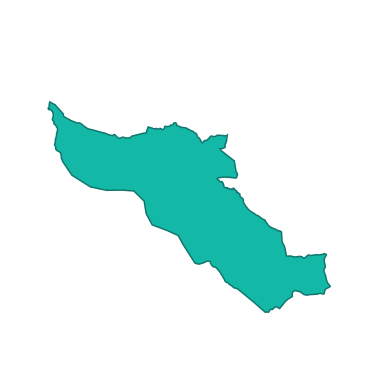 Gomoa West, Central, Ghana (Equal Earth projection), rotated 131°
{"feature_id": "2480657B81635079362570", "entity_name": "Gomoa West", "entity_type": "district", "adm_level": 2, "iso_a3": "GHA", "parent_name": "Ghana", "parent_adm1": "Central", "projection": "equal_earth", "projection_center": [-0.84, 5.386], "detail": "fine", "context": "isolated", "style": "filled", "palette": "teal", "viewbox_px": 384, "rotation_deg": 131, "n_neighbors": 0, "source": "geoboundaries", "source_scale": "gbopen_adm2", "svg_char_len": 6013}
<svg xmlns="http://www.w3.org/2000/svg" viewBox="0 0 384 384"><g transform="rotate(131 192 192)"><path d="M217.3,358.4L219.0,357.6L219.5,357.2L219.8,356.9L220.0,356.9L220.3,356.2L220.7,356.2L221.7,355.6L222.2,355.6L222.7,354.9L223.0,355.1L223.3,354.9L223.4,355.2L223.6,355.0L223.8,354.3L223.7,354.0L223.5,353.7L222.8,353.4L222.6,352.9L222.9,351.2L222.8,350.7L222.9,350.2L223.1,349.4L224.0,348.4L224.4,347.7L225.3,346.8L226.5,346.1L227.6,345.7L228.2,345.3L228.6,345.2L228.8,344.7L229.0,344.7L229.3,344.2L229.3,343.1L229.6,342.5L229.9,342.2L230.1,341.6L230.7,341.0L231.2,340.8L231.2,340.4L231.0,339.2L231.0,338.9L231.4,337.7L231.7,337.2L231.9,336.8L231.8,336.1L232.6,334.9L234.1,333.7L236.6,332.7L237.4,331.9L240.5,330.1L241.3,329.7L241.6,329.9L241.9,329.4L245.0,327.3L245.3,327.3L245.6,327.1L246.3,326.9L246.7,326.3L247.4,324.5L247.6,324.1L248.5,323.6L248.8,322.9L249.0,322.9L249.2,322.4L249.3,321.5L249.1,319.7L248.9,319.2L248.6,318.0L248.7,317.6L248.6,317.2L248.6,316.8L249.5,315.6L250.0,315.2L250.6,314.2L251.7,313.3L252.1,312.7L252.4,312.5L252.6,311.8L253.9,309.5L258.1,293.6L254.8,272.0L246.8,257.6L236.6,246.2L229.4,236.6L230.3,222.1L238.4,212.4L242.9,200.4L237.5,185.9L233.9,173.9L237.5,164.2L243.7,143.2L242.9,141.1L242.1,139.9L241.5,139.0L240.2,138.3L238.2,137.0L235.0,135.6L234.3,135.2L233.9,134.9L232.6,133.1L234.1,130.0L234.6,127.3L233.8,125.6L233.3,125.1L233.5,122.0L234.3,117.7L235.0,116.0L235.5,113.6L236.2,112.3L236.5,110.7L237.2,109.5L237.6,108.6L237.7,107.8L237.6,106.5L237.3,106.3L237.2,105.8L236.8,105.4L236.8,104.5L237.3,103.4L237.1,102.9L237.0,101.3L236.7,100.2L236.8,98.1L236.7,97.4L235.2,94.3L234.6,72.4L234.7,57.9L233.1,56.3L232.6,55.4L229.3,55.8L228.4,55.1L227.7,54.1L224.7,54.0L223.8,53.4L223.0,52.3L222.5,49.4L218.8,49.6L218.7,49.5L213.6,49.7L210.1,49.4L205.0,47.7L204.7,48.1L203.2,49.4L202.1,50.1L200.7,50.3L199.1,49.8L198.1,48.4L197.3,46.6L196.7,45.7L196.3,44.1L195.9,40.0L193.9,37.0L193.4,36.9L191.2,34.8L189.6,33.1L186.7,30.3L186.1,29.8L185.5,29.7L185.1,29.5L184.6,29.0L183.9,28.0L183.5,26.8L183.0,26.1L182.4,25.6L181.6,25.7L180.4,26.6L179.4,27.1L177.8,27.4L176.6,27.2L175.0,26.4L172.6,25.7L172.4,26.1L171.8,29.3L171.3,30.9L169.4,33.8L167.4,36.5L165.5,40.0L164.5,41.2L163.6,41.7L161.9,41.9L161.2,42.2L160.9,42.4L159.4,44.1L158.9,44.8L158.4,45.7L157.0,47.2L156.5,47.6L155.2,48.2L154.7,48.8L152.3,49.0L151.3,49.5L151.0,50.1L152.0,52.0L153.3,52.3L154.3,53.4L155.5,54.2L158.6,57.8L161.7,60.3L162.1,60.9L162.8,62.2L163.3,62.9L163.6,63.1L164.1,63.2L166.5,63.4L167.8,63.8L168.7,64.2L168.8,64.4L168.7,65.2L168.7,65.8L168.8,66.4L169.0,67.0L169.8,68.4L170.4,68.7L170.5,69.0L173.3,71.5L174.2,72.8L175.6,75.6L175.9,76.0L176.9,76.9L178.3,78.6L178.0,79.2L177.2,80.1L173.6,84.7L172.3,86.8L171.2,89.7L170.1,91.7L166.6,95.1L164.8,97.2L164.2,97.4L163.7,97.8L163.5,98.5L163.5,99.3L164.0,100.6L164.7,101.1L165.0,103.6L165.7,105.3L166.7,108.5L167.1,110.8L167.0,113.2L166.4,114.3L166.6,115.3L166.2,116.0L165.7,117.8L165.3,118.5L166.1,121.0L166.3,123.6L166.3,124.7L166.5,125.5L166.5,126.3L166.7,127.1L167.1,127.9L167.3,128.5L167.3,129.3L167.3,130.4L168.0,134.2L168.3,137.2L167.8,140.0L167.5,142.0L166.4,145.3L165.7,146.8L165.0,147.5L164.1,148.3L164.0,148.6L163.8,149.1L163.7,150.7L163.9,152.9L162.2,154.4L162.4,154.8L162.4,155.1L162.2,155.4L162.4,155.9L162.2,156.5L162.3,156.6L162.6,156.6L162.7,156.8L162.5,157.3L162.9,157.6L162.9,157.9L162.4,158.1L162.3,158.4L161.9,158.9L162.3,160.3L162.1,161.8L161.6,162.1L162.1,163.4L163.1,163.0L163.4,163.2L163.6,163.5L163.6,163.9L163.7,164.1L164.3,163.9L164.5,164.0L165.1,165.4L164.9,166.0L165.6,166.4L165.6,166.6L165.4,166.7L165.5,167.2L166.2,167.6L166.1,167.8L165.7,168.2L165.9,168.6L166.2,168.8L166.5,169.5L166.9,169.7L167.1,170.2L167.1,170.5L166.9,171.8L166.6,172.2L166.0,172.4L165.8,173.4L165.6,173.7L165.1,174.1L164.9,174.6L164.7,174.8L164.8,175.4L164.8,175.7L164.5,176.1L164.5,176.4L164.6,176.5L165.1,176.5L165.3,176.6L165.8,177.7L165.8,177.9L165.5,179.1L165.6,179.7L165.5,180.3L165.8,180.8L165.8,181.6L165.6,181.7L164.8,181.8L164.0,181.6L163.4,180.6L162.7,180.3L160.7,178.7L158.4,176.1L158.3,175.5L156.7,174.0L156.0,172.7L155.8,172.5L152.7,168.0L152.4,167.9L151.6,167.9L150.3,168.6L149.4,168.8L148.8,169.3L148.3,170.1L148.0,170.7L147.6,172.6L146.7,173.3L140.8,180.4L141.6,196.5L141.2,199.3L139.3,197.7L138.1,196.9L137.5,196.6L136.6,196.4L136.1,196.6L133.9,198.6L133.7,198.6L132.8,198.5L132.2,199.0L131.6,199.0L125.9,202.7L126.6,202.8L127.1,203.1L127.7,203.8L128.5,204.5L129.1,205.8L129.9,206.6L131.1,208.5L132.1,209.5L132.5,210.2L132.9,210.4L133.3,210.4L133.8,210.6L134.5,210.6L135.3,211.4L135.7,211.6L136.2,212.4L136.7,213.7L137.1,214.1L137.8,214.4L138.0,214.6L138.9,214.4L139.5,214.6L140.8,214.2L141.3,214.4L141.6,214.7L141.8,214.6L143.1,214.7L143.7,214.9L144.0,215.2L144.2,215.8L144.6,216.1L145.0,216.1L145.6,216.4L146.7,216.0L147.9,216.2L147.9,217.7L147.8,218.1L146.6,221.7L146.6,222.1L146.9,223.7L145.5,226.1L145.3,226.6L145.2,227.8L145.6,228.8L145.6,230.8L145.7,231.4L146.4,233.0L146.6,234.5L146.9,235.3L147.5,238.4L147.9,239.1L150.2,242.5L150.5,243.9L151.3,245.8L151.7,247.2L150.7,248.4L150.5,249.8L151.8,251.0L153.4,250.6L154.4,250.9L154.7,251.2L155.0,251.6L155.5,251.9L156.7,252.1L157.4,252.4L158.7,253.4L159.4,254.4L160.0,255.4L161.0,255.4L162.1,254.5L163.1,254.6L163.9,255.0L164.5,255.6L164.4,256.6L164.7,257.5L165.1,258.0L165.7,258.0L166.6,258.4L167.4,260.6L167.7,260.9L168.5,261.2L168.9,261.6L170.1,264.3L171.1,266.5L171.5,267.4L171.7,267.8L177.3,265.5L178.9,266.6L179.3,267.1L189.4,274.1L191.2,274.2L192.8,275.2L193.6,276.0L194.2,276.9L195.5,279.4L196.3,280.5L196.6,280.7L197.5,281.1L198.2,281.2L198.5,281.4L199.1,282.1L199.4,282.6L199.8,285.6L199.4,286.4L199.3,287.5L200.0,288.7L200.6,288.7L201.8,289.1L203.7,293.2L204.7,296.4L205.9,298.5L210.3,307.7L212.5,311.8L212.8,313.5L213.3,318.2L213.1,319.3L213.1,319.8L213.6,321.9L213.8,322.5L214.1,322.8L215.0,323.5L216.3,326.6L217.4,330.1L218.7,335.9L219.0,338.1L219.0,338.6L218.8,339.2L218.6,339.4L217.5,340.3L216.0,352.7L217.3,358.4Z" fill="#14b8a6" stroke="#0f766e" stroke-width="1.5"/></g></svg>